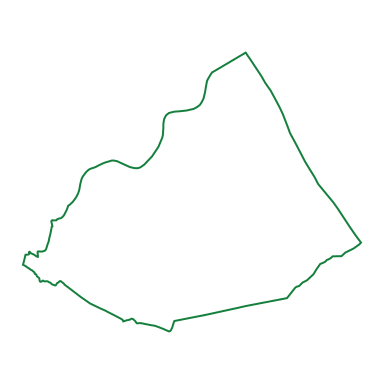 the district of Cai Rang, Hau Giang, Vietnam
{"feature_id": "81297802B53183498164333", "entity_name": "Cai Rang", "entity_type": "district", "adm_level": 2, "iso_a3": "VNM", "parent_name": "Vietnam", "parent_adm1": "Hau Giang", "projection": "robinson", "projection_center": [105.759, 9.999], "detail": "fine", "context": "isolated", "style": "outline", "palette": "green", "viewbox_px": 384, "rotation_deg": 0, "n_neighbors": 0, "source": "geoboundaries", "source_scale": "gbopen_adm2", "svg_char_len": 3234}
<svg xmlns="http://www.w3.org/2000/svg" viewBox="0 0 384 384"><path d="M245.7,52.6L212.0,72.5L210.7,74.4L207.9,79.1L207.0,81.1L205.6,88.6L205.1,92.0L203.5,98.6L201.8,102.0L200.0,104.8L199.4,105.3L196.4,107.5L193.6,108.9L186.7,110.5L182.2,111.0L181.5,111.1L174.1,111.7L168.9,113.0L166.0,115.4L164.2,119.0L163.5,122.7L163.3,125.6L163.4,127.6L162.9,134.8L162.3,137.6L158.4,146.9L152.1,156.3L144.4,164.5L140.6,167.2L138.6,168.0L136.9,168.2L134.4,168.1L130.0,167.1L120.5,162.8L117.4,161.3L113.6,160.5L111.5,160.6L109.0,161.4L105.2,162.5L102.9,163.4L98.0,165.7L96.6,166.5L95.4,167.1L94.1,167.6L91.5,168.4L89.7,169.1L88.3,170.1L86.9,171.3L85.2,173.2L83.1,176.1L82.4,177.3L81.9,178.2L81.2,180.3L80.4,183.6L80.1,185.1L79.4,189.1L79.0,190.8L78.0,193.7L76.4,196.8L75.7,197.9L72.6,202.1L70.9,203.6L69.7,204.8L68.2,205.7L66.8,209.8L64.1,215.0L63.4,216.0L61.5,217.8L61.0,218.1L59.8,218.4L58.9,218.6L57.4,219.2L56.8,219.6L56.4,220.3L56.0,220.4L55.4,220.3L54.6,220.4L53.9,220.5L52.5,220.2L52.1,220.3L51.7,220.8L51.3,221.2L52.4,226.4L51.8,226.7L50.5,233.2L50.4,233.8L50.3,234.3L49.4,237.6L48.8,240.8L48.5,242.1L47.5,244.5L46.7,247.2L46.1,249.1L45.5,250.0L45.0,250.6L44.5,250.8L42.8,251.4L42.5,251.5L41.8,251.5L40.9,251.6L39.6,251.5L38.3,251.4L37.9,251.5L37.7,251.8L37.6,252.6L37.6,253.3L37.7,253.8L37.8,254.3L37.8,254.9L37.9,255.5L37.9,256.8L37.3,256.7L36.5,256.4L35.0,255.3L33.7,254.5L32.8,254.1L30.8,253.2L30.5,253.0L30.3,252.6L30.0,252.1L29.6,251.8L29.4,251.8L29.2,251.9L29.0,252.3L29.0,252.6L29.1,253.2L29.1,253.9L28.9,254.2L28.5,254.5L27.7,254.6L25.5,254.8L24.1,260.7L23.0,264.8L23.5,265.0L23.9,265.2L25.7,266.2L27.6,267.6L28.7,268.2L29.2,268.6L30.1,269.3L31.2,270.0L32.2,270.4L32.7,271.0L33.4,271.6L34.3,272.2L34.6,272.6L34.6,273.2L34.8,273.7L35.1,274.0L35.8,274.2L36.2,274.5L36.6,275.3L36.8,276.1L37.1,276.5L38.1,277.2L38.7,277.7L39.2,278.3L39.4,279.0L39.6,280.6L40.0,281.5L40.6,281.8L41.2,281.7L42.5,280.8L42.9,280.6L43.4,280.8L44.3,281.4L45.1,281.4L46.9,281.2L47.9,281.5L49.0,282.2L50.1,282.6L50.8,283.1L51.3,283.7L52.0,284.3L52.7,284.6L53.7,284.9L54.3,285.2L54.9,285.4L55.6,285.4L55.9,285.1L56.8,283.6L57.3,283.0L58.2,282.6L59.0,281.8L59.7,281.2L60.3,281.1L60.7,281.1L62.0,282.2L63.3,283.1L63.9,283.7L64.6,284.7L71.4,289.8L74.1,291.9L80.5,296.8L90.1,303.5L100.7,308.6L105.5,310.7L108.4,312.3L112.0,314.1L121.4,319.0L122.9,320.2L123.3,321.4L126.4,320.4L129.2,319.8L130.1,319.5L131.2,318.8L131.7,318.7L132.5,318.9L133.2,319.2L135.3,321.2L136.6,323.1L137.0,323.3L137.6,323.3L139.7,323.1L141.4,323.2L143.6,323.7L151.2,325.2L154.6,325.7L156.1,326.2L161.5,328.2L163.9,329.2L168.9,331.4L170.1,331.1L170.8,330.4L172.3,327.4L173.5,323.2L174.4,321.0L206.5,314.7L239.0,307.6L245.5,306.1L287.0,298.1L295.4,287.5L297.0,286.6L299.2,286.0L302.5,282.6L307.0,280.3L313.5,274.2L316.4,269.4L320.2,264.0L324.9,262.0L326.9,259.9L328.7,259.3L330.7,258.1L332.7,256.3L335.8,256.3L337.4,256.2L341.4,256.2L345.3,252.6L353.4,248.6L359.2,244.5L361.0,242.6L356.2,236.2L350.1,227.4L337.6,208.4L333.1,202.1L318.2,184.1L314.5,177.0L309.3,168.6L305.1,161.7L299.1,150.1L298.7,149.4L295.5,143.2L290.1,133.3L287.6,126.5L282.9,114.3L280.1,108.3L276.5,101.4L270.7,90.7L265.3,83.0L261.5,76.3L250.3,59.4L247.8,55.8L245.7,52.6Z" fill="none" stroke="#15803d" stroke-width="2"/></svg>